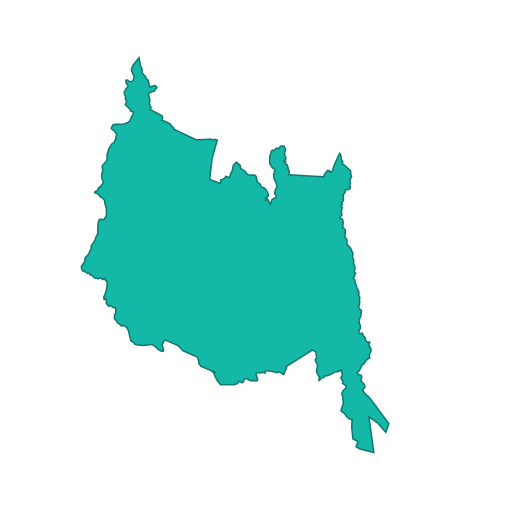 outline of Kota Pematang Siantar, Sumatera Utara, Indonesia, rotated 292°
{"feature_id": "22746128B46755595316405", "entity_name": "Kota Pematang Siantar", "entity_type": "district", "adm_level": 2, "iso_a3": "IDN", "parent_name": "Indonesia", "parent_adm1": "Sumatera Utara", "projection": "albers", "projection_center": [99.064, 2.955], "detail": "fine", "context": "isolated", "style": "filled", "palette": "teal", "viewbox_px": 512, "rotation_deg": 292, "n_neighbors": 0, "source": "geoboundaries", "source_scale": "gbopen_adm2", "svg_char_len": 6073}
<svg xmlns="http://www.w3.org/2000/svg" viewBox="0 0 512 512"><g transform="rotate(292 256 256)"><path d="M370.4,73.2L370.9,70.9L370.7,70.0L369.8,69.6L367.8,70.7L365.7,73.9L362.0,72.7L358.7,72.5L357.1,73.0L355.0,75.5L352.7,75.9L351.1,78.1L347.4,78.1L344.8,84.5L343.4,85.7L343.5,88.0L341.9,89.0L337.0,88.3L334.3,88.4L332.2,87.6L329.0,84.3L327.1,80.8L326.9,79.4L324.8,75.1L323.8,74.2L320.7,73.9L319.8,74.2L318.9,77.8L317.1,80.5L315.9,81.5L313.7,81.5L311.7,82.1L307.8,81.7L305.9,80.4L300.4,79.4L294.1,80.0L289.3,81.9L287.3,81.6L282.4,79.7L280.8,80.1L276.4,82.5L275.1,82.1L272.7,82.7L270.5,83.9L267.5,86.5L266.3,86.8L262.1,85.8L260.4,84.6L256.9,84.4L256.1,83.2L254.9,82.5L254.1,83.2L254.4,85.1L254.1,86.9L252.6,89.1L252.2,92.4L250.6,94.9L247.9,96.3L244.5,99.2L239.0,101.7L236.7,102.0L233.1,101.4L232.5,101.0L231.9,98.2L231.3,97.2L229.7,96.9L227.0,97.4L220.9,99.5L217.9,100.9L214.2,100.6L209.7,100.7L203.8,99.4L201.2,100.3L195.0,100.0L193.8,99.8L191.1,98.4L189.6,98.3L186.4,99.2L181.3,98.0L179.8,98.4L177.2,100.6L177.5,102.7L176.7,106.4L177.6,108.0L176.3,109.2L176.7,111.6L175.4,113.6L175.3,115.9L176.0,118.5L177.3,120.2L177.2,121.7L176.7,122.3L177.0,123.0L178.4,123.5L178.7,124.3L177.4,124.9L177.0,126.8L175.6,128.0L170.3,129.7L164.0,130.4L161.2,130.1L160.2,130.8L159.0,131.1L158.8,131.7L160.2,132.4L159.8,133.0L158.1,134.4L156.0,134.8L154.5,137.6L154.3,138.7L155.5,139.9L154.7,143.2L155.3,144.0L154.4,145.8L150.4,147.5L148.7,146.9L145.4,147.9L144.2,149.2L143.9,150.6L142.2,152.3L141.6,155.5L140.7,157.2L141.3,158.6L142.0,158.8L142.1,160.5L141.3,162.9L139.0,165.7L134.2,169.0L132.6,170.6L131.2,171.0L130.5,171.7L129.6,175.6L128.8,176.5L129.3,180.4L131.1,185.6L134.9,192.4L134.6,195.6L132.4,201.6L132.3,204.5L133.1,205.7L133.7,205.8L138.6,202.3L142.1,202.4L144.1,203.0L143.8,215.8L143.6,217.8L140.8,223.6L140.3,239.9L138.8,240.7L137.0,242.5L135.2,242.9L133.1,246.1L132.9,262.7L132.1,259.5L131.6,260.8L128.7,263.5L125.7,267.1L123.4,271.3L128.5,283.9L130.4,286.2L133.2,287.3L133.6,287.9L133.3,290.5L134.1,291.3L137.5,291.4L138.8,292.7L138.3,297.5L140.6,303.7L141.7,304.0L147.1,300.0L148.1,300.7L149.2,303.7L150.2,305.2L150.8,306.5L150.7,308.1L153.5,308.2L154.9,313.5L155.9,319.5L156.5,319.5L157.0,320.9L157.0,323.5L156.4,325.8L157.1,326.2L160.7,326.0L162.5,326.4L165.3,325.8L188.6,342.6L189.6,342.8L189.9,344.4L189.6,346.4L188.9,348.0L186.2,349.1L184.4,350.4L182.6,349.8L181.0,350.4L177.8,354.1L171.5,355.3L167.2,360.1L164.2,361.1L164.9,361.8L167.0,362.0L168.8,364.3L170.8,365.0L171.7,367.0L174.4,369.8L178.2,372.8L179.3,375.0L182.4,378.0L181.1,378.2L178.6,380.5L176.3,380.6L175.1,380.1L173.0,382.5L172.5,383.6L170.2,384.0L169.8,386.7L169.0,388.4L166.7,388.6L163.9,387.2L161.4,387.0L160.0,387.4L157.4,389.8L156.5,389.8L152.1,392.2L146.1,392.5L144.1,393.0L143.0,397.2L141.1,400.1L140.4,402.5L139.7,403.5L140.8,406.1L133.1,408.9L123.2,414.1L122.6,414.5L122.4,419.4L120.9,420.2L116.6,420.3L116.0,424.7L117.9,438.9L149.2,420.9L146.6,431.7L141.1,442.4L150.3,442.0L166.1,416.1L168.0,412.2L168.6,409.8L171.3,405.2L175.5,406.1L176.6,405.2L178.0,403.7L179.2,400.6L180.3,399.9L183.7,399.3L184.4,398.6L184.9,396.5L184.4,395.0L184.9,393.9L185.8,393.6L188.5,394.7L194.7,395.2L196.5,396.6L198.8,396.8L202.1,398.0L204.0,399.6L207.2,398.0L210.2,398.4L212.5,397.7L216.2,393.6L218.7,393.8L218.6,392.9L217.7,392.4L217.7,391.9L219.1,388.9L220.9,388.1L221.9,386.3L222.0,385.3L224.2,383.7L223.6,383.3L223.8,382.4L222.9,381.4L222.9,380.7L223.8,380.0L225.8,379.5L228.0,379.9L231.4,378.2L232.1,376.9L233.7,376.5L235.2,375.3L238.6,375.8L244.6,374.4L245.2,373.7L245.6,371.9L246.5,370.5L251.8,369.6L253.8,368.5L256.8,367.6L257.8,366.0L261.1,365.0L265.0,360.7L267.2,359.2L268.0,358.1L270.7,356.7L272.0,354.3L273.9,355.0L275.8,354.5L277.3,354.8L278.0,353.2L282.3,352.2L285.9,349.2L289.0,347.9L291.8,345.5L294.4,345.2L299.1,340.3L300.8,336.2L303.0,335.0L304.9,334.5L307.3,331.1L313.6,329.2L315.0,325.7L319.3,324.5L321.7,323.1L322.8,321.6L322.5,319.7L323.1,319.2L323.5,319.1L325.5,320.2L327.0,320.0L329.0,318.4L333.3,317.8L333.7,316.8L334.4,316.3L335.8,316.8L336.7,316.5L337.2,315.2L338.1,315.3L338.8,316.1L340.6,316.2L345.5,313.8L348.3,314.8L349.9,314.1L350.9,314.3L352.6,317.3L353.8,318.0L355.6,317.5L355.7,316.6L356.1,316.3L359.0,316.3L360.1,315.2L361.8,314.6L365.5,314.9L367.6,313.0L370.4,311.9L374.3,301.2L375.3,300.8L376.2,301.1L377.5,298.8L379.5,298.1L381.9,296.1L382.5,295.2L378.7,294.8L369.1,294.5L362.9,295.0L361.7,293.4L362.0,292.4L362.5,292.1L361.8,291.2L362.3,290.8L362.1,290.2L356.9,288.8L355.7,289.3L354.7,288.8L349.8,274.4L343.6,255.9L347.0,255.2L349.3,252.7L350.1,252.6L350.6,251.7L352.0,251.1L352.8,248.3L354.3,246.6L355.0,246.7L354.9,247.9L355.7,247.0L357.8,247.2L361.0,244.3L363.4,243.6L365.3,243.8L365.9,243.5L368.5,240.8L367.8,239.0L366.5,237.4L364.5,237.0L363.9,236.4L363.8,234.6L360.5,233.3L360.5,231.8L360.1,231.5L358.9,230.9L356.6,231.4L353.8,231.3L347.1,233.9L343.9,238.0L343.5,240.7L343.0,241.5L338.6,241.6L334.0,244.0L331.8,246.9L330.0,248.0L328.8,249.4L324.2,249.2L320.5,250.0L319.9,252.2L317.6,252.7L316.7,251.4L314.3,249.8L312.8,249.6L310.2,250.1L309.3,249.9L312.6,246.0L311.5,244.3L313.4,244.7L313.4,243.0L315.9,244.8L317.7,244.4L319.9,242.1L321.4,240.1L322.2,238.0L321.9,235.6L324.2,232.7L325.2,229.4L330.0,226.2L330.4,225.1L330.2,223.2L328.4,219.5L328.4,218.3L329.1,216.2L330.6,213.9L331.4,209.0L334.1,207.4L335.6,202.9L335.5,202.4L331.3,201.0L327.1,202.0L322.7,201.7L318.7,202.1L318.7,198.2L315.9,197.7L313.2,194.7L310.0,196.0L309.6,184.4L330.2,178.7L348.9,176.7L348.7,174.0L347.3,172.3L347.4,170.3L341.3,157.1L342.7,133.0L344.2,131.3L344.7,129.1L345.9,127.8L346.3,126.8L346.8,121.3L346.4,117.9L349.8,117.5L350.8,116.1L352.2,103.0L354.4,103.1L355.8,101.3L357.3,100.2L361.2,99.0L365.5,95.8L367.4,95.9L367.9,96.4L370.9,100.1L372.2,100.1L374.8,101.1L375.5,100.7L376.2,98.9L376.1,98.3L374.7,96.2L373.0,94.8L372.9,94.1L378.7,90.0L378.9,88.5L381.1,86.2L382.4,83.2L383.4,82.0L384.3,81.2L386.5,80.5L388.7,78.0L396.0,73.2L387.4,70.7L384.3,70.4L381.7,70.8L379.2,73.0L376.9,75.8L373.4,76.2L372.1,76.1L371.2,75.6L370.4,73.2Z" fill="#14b8a6" stroke="#0f766e" stroke-width="1.5"/></g></svg>